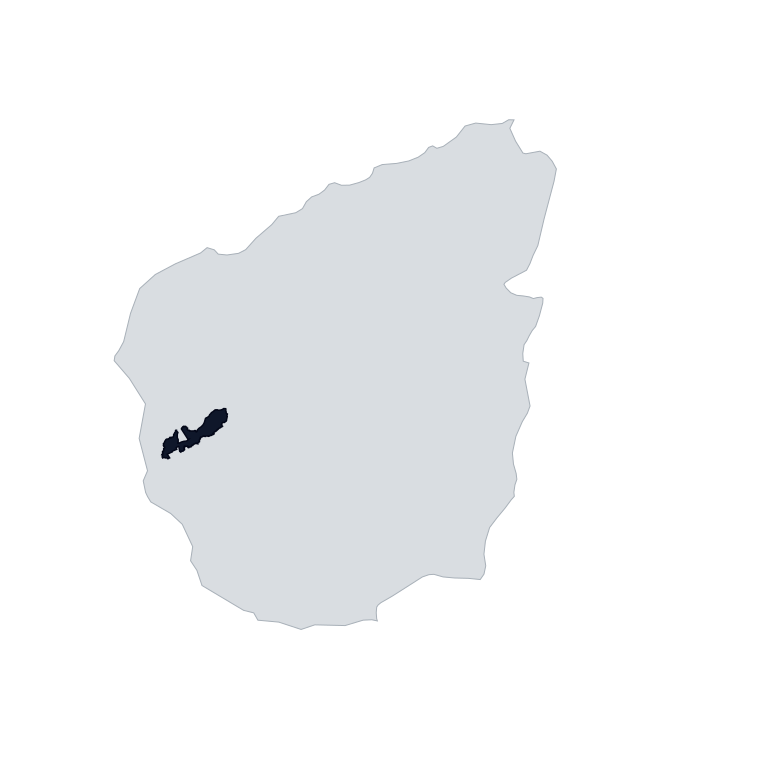 Rodríguez, San José, Uruguay (highlighted), rotated 57°
{"feature_id": "84410073B80691141354915", "entity_name": "Rodríguez", "entity_type": "district", "adm_level": 2, "iso_a3": "URY", "parent_name": "Uruguay", "parent_adm1": "San José", "projection": "equal_earth", "projection_center": [-56.456, -34.221], "detail": "fine", "context": "in_parent", "style": "filled", "palette": "ink", "viewbox_px": 768, "rotation_deg": 57, "n_neighbors": 0, "source": "geoboundaries", "source_scale": "gbopen_adm2", "svg_char_len": 7108}
<svg xmlns="http://www.w3.org/2000/svg" viewBox="0 0 768 768"><g transform="rotate(57 384 384)"><path d="M579.1,518.6L575.1,522.6L570.7,530.1L565.4,548.2L548.3,573.2L544.7,587.2L526.4,601.9L513.4,618.4L505.0,617.9L497.4,625.0L453.9,646.4L438.4,642.4L426.9,642.5L416.2,633.0L391.8,629.6L376.5,633.4L355.9,643.8L349.7,643.6L345.2,643.0L334.1,638.7L328.0,629.6L296.3,619.0L270.8,594.9L240.6,594.5L217.5,597.6L213.9,594.4L211.6,588.3L206.7,579.3L186.7,558.1L170.9,536.9L167.6,516.1L169.6,493.4L174.2,466.5L173.3,458.1L179.0,453.3L184.8,452.3L190.3,445.4L195.2,434.8L196.0,426.8L192.0,412.0L189.2,391.3L186.0,381.0L192.3,364.7L192.5,356.8L188.8,349.8L187.7,342.7L189.4,335.3L189.0,328.2L186.6,321.4L188.3,315.8L194.2,311.4L198.5,304.5L201.4,295.3L202.8,288.3L202.9,283.5L201.0,278.9L197.4,274.6L199.0,266.0L205.9,253.2L210.4,241.8L212.4,231.8L212.2,223.8L209.9,217.7L210.8,213.5L215.1,211.3L217.0,204.9L216.3,188.8L211.8,175.5L215.1,165.0L224.9,152.8L229.9,142.9L230.3,135.5L233.3,131.1L238.1,139.2L252.0,141.4L266.0,141.7L268.2,139.6L273.7,126.4L280.9,122.6L288.8,121.6L297.5,122.3L306.6,131.0L332.6,159.7L351.7,179.6L357.4,189.0L362.5,196.0L366.2,202.5L364.6,219.5L364.8,226.9L365.7,229.1L370.0,229.3L376.5,228.0L381.9,224.4L386.2,219.0L390.3,214.5L393.7,212.2L394.9,208.6L396.8,204.8L398.8,204.0L402.6,206.8L411.4,216.5L418.3,225.5L419.9,230.6L422.6,235.9L425.4,240.6L427.3,245.1L434.0,251.0L440.7,254.8L445.3,251.0L456.7,263.2L482.0,273.5L486.6,279.7L490.9,288.5L499.7,301.9L511.8,313.9L521.6,319.0L531.0,321.9L536.3,324.5L539.9,329.1L545.6,334.1L549.2,335.9L550.4,340.3L554.0,350.0L557.8,362.2L561.9,373.6L571.0,384.5L581.2,392.9L591.9,397.7L597.9,403.7L600.4,409.8L593.0,419.0L585.1,430.5L578.0,439.5L570.8,445.8L568.4,450.1L566.7,456.9L566.4,492.5L565.7,505.7L566.1,509.2L567.1,511.6L571.6,515.1L576.9,518.0L579.1,518.6Z" fill="#d9dde1" stroke="#a8b0b8" stroke-width="1"/><path d="M329.2,604.0L324.8,604.0L325.6,598.5L325.0,598.1L325.9,593.4L324.3,593.1L324.2,591.1L324.4,590.5L324.9,590.2L329.2,592.0L329.7,591.8L330.5,591.5L330.1,590.5L330.2,589.9L330.8,589.4L330.7,589.1L330.8,589.0L330.8,588.8L330.7,588.7L330.7,588.4L330.7,588.1L330.4,587.9L330.5,587.6L330.5,587.4L330.4,587.4L330.0,587.3L330.0,587.2L329.9,587.2L329.7,587.2L329.4,586.8L329.6,586.6L329.3,586.5L329.2,586.6L328.8,586.7L328.7,586.6L328.4,586.5L328.4,586.2L328.6,585.9L328.5,585.7L328.4,585.5L328.0,585.6L327.4,585.5L327.4,585.4L327.4,584.9L327.5,584.8L327.7,584.6L327.9,584.5L328.2,584.5L328.6,583.8L328.7,583.6L328.7,583.3L328.9,583.1L329.0,582.9L329.5,582.9L329.4,582.8L329.3,582.4L330.0,582.2L330.2,582.4L330.5,582.6L330.8,582.5L331.1,582.4L331.0,582.1L330.9,581.9L330.9,581.5L331.0,581.3L330.9,581.2L331.0,580.7L331.4,580.5L331.5,580.3L331.4,580.2L331.5,579.8L331.2,579.5L331.2,579.3L330.9,579.0L330.7,578.5L331.1,578.3L331.3,578.2L331.4,577.9L330.9,577.2L331.0,577.0L330.9,576.9L331.1,576.2L330.9,576.0L330.7,575.7L330.8,575.4L331.2,574.8L331.2,574.5L331.0,574.0L331.0,573.9L331.1,573.7L331.3,573.6L331.5,573.9L331.6,574.0L331.8,573.7L332.1,573.4L332.4,573.1L331.9,573.1L331.9,572.8L332.1,572.7L331.9,572.4L331.9,572.2L332.3,571.6L332.1,571.4L331.9,571.4L331.8,571.2L331.7,571.1L331.6,570.9L331.7,570.7L331.9,570.6L331.9,570.4L331.7,570.4L331.6,570.0L331.1,569.7L330.7,569.7L330.3,569.3L330.2,569.0L330.3,568.6L330.0,568.3L329.8,568.2L329.7,568.1L329.8,567.8L329.8,567.7L329.7,567.6L329.4,567.7L329.3,567.4L329.0,567.4L328.8,567.1L328.6,566.7L329.1,566.3L329.1,565.9L329.0,565.5L329.1,565.3L329.3,565.2L329.3,564.9L329.3,564.7L329.1,564.5L329.1,564.4L329.4,563.8L329.2,563.6L329.3,563.4L329.9,563.4L330.0,563.2L330.1,562.9L330.4,562.8L330.5,562.6L330.8,562.2L330.7,562.1L330.6,561.9L330.6,561.7L330.8,561.4L331.0,560.9L331.4,560.5L331.5,560.2L331.8,560.1L331.9,559.9L332.0,559.7L332.2,559.8L332.4,559.5L332.5,559.2L332.5,558.9L332.2,558.7L332.3,558.5L332.4,558.4L332.5,558.3L332.7,557.7L332.8,557.2L332.7,557.1L333.1,556.7L333.0,556.4L333.1,556.1L332.9,555.9L333.0,555.7L332.9,555.3L332.8,555.2L333.2,555.2L333.3,555.1L333.3,554.6L333.3,554.4L333.2,554.3L333.3,554.0L333.3,553.9L333.0,553.9L332.9,553.6L332.7,553.7L332.5,553.3L332.4,553.3L332.3,553.5L332.2,553.5L332.1,553.3L331.9,553.1L331.9,552.7L331.8,552.2L331.9,551.8L332.0,551.7L331.9,551.3L332.1,550.7L331.9,550.6L331.9,550.3L331.7,549.9L331.7,549.5L331.6,549.2L331.8,549.1L331.5,548.7L331.4,548.3L331.6,548.1L331.5,547.9L331.6,547.6L331.5,547.4L331.5,547.2L331.3,547.0L331.3,546.8L331.4,546.7L331.3,546.1L331.3,545.8L331.4,545.6L331.4,545.4L331.5,545.3L331.6,545.1L331.5,544.8L331.4,544.7L331.5,544.5L331.3,544.3L331.3,544.1L331.4,543.9L331.4,543.7L331.5,543.6L331.6,543.4L331.4,543.2L331.5,543.0L331.5,542.8L331.4,542.5L331.4,542.4L330.9,542.5L330.7,542.6L330.3,542.6L329.5,542.5L329.5,542.1L329.4,541.7L329.2,541.6L328.7,541.5L328.4,540.7L328.4,540.0L328.8,539.5L329.0,539.4L329.4,538.6L329.1,537.8L329.2,537.4L329.2,536.6L328.7,535.8L328.3,535.6L325.8,533.1L325.0,533.0L323.9,531.7L322.5,532.2L321.0,531.4L320.6,531.5L319.4,530.6L318.5,530.2L317.3,531.8L317.3,533.6L316.7,535.6L315.8,537.2L315.0,537.7L314.0,539.2L313.7,540.1L313.9,540.7L313.9,541.6L314.1,542.3L314.0,544.4L314.5,545.4L314.8,547.0L315.9,548.2L315.6,548.7L315.7,549.1L315.9,550.5L315.6,551.1L315.6,552.4L318.4,555.6L319.6,557.7L320.3,560.5L320.4,563.6L321.0,565.6L322.0,566.6L322.0,567.4L321.7,567.7L321.4,567.8L321.0,567.7L320.6,567.4L320.3,567.6L320.0,567.9L319.9,568.9L319.7,569.1L319.7,569.6L319.2,570.0L319.1,570.5L318.7,570.7L318.7,571.1L318.4,571.7L317.5,572.1L317.4,572.3L317.4,572.7L317.2,572.7L316.5,572.7L316.3,573.2L315.8,573.7L315.0,573.5L314.7,573.7L314.5,573.2L314.1,572.8L313.8,573.0L313.3,573.1L312.9,573.0L312.6,573.3L312.3,573.3L311.5,573.4L311.2,574.0L310.9,574.4L311.0,575.0L310.4,575.0L310.3,575.4L310.5,575.8L310.3,576.1L310.5,576.5L310.6,577.1L311.0,578.0L311.3,578.1L311.4,578.4L323.9,578.5L324.0,578.2L324.1,578.7L324.3,580.7L323.1,583.0L322.3,585.6L322.1,587.5L321.2,589.0L320.2,588.0L318.5,586.9L316.5,586.6L313.8,584.9L312.3,583.2L311.6,583.4L310.2,583.5L309.8,583.2L309.4,583.7L309.4,584.1L310.1,584.4L310.3,584.7L310.6,585.2L310.7,585.8L311.0,586.2L311.3,586.9L311.7,587.4L311.9,588.0L312.5,588.2L312.8,588.6L313.2,589.3L313.6,589.6L313.3,590.9L313.3,591.4L312.6,591.6L312.6,591.9L312.8,592.3L312.9,592.8L312.7,592.9L312.3,593.0L312.6,593.5L312.8,593.8L312.6,594.1L312.6,594.6L312.9,595.0L312.7,595.3L312.3,595.4L312.2,595.8L311.9,596.1L311.8,597.1L312.8,599.3L313.5,599.9L313.9,601.5L314.5,601.7L315.4,602.5L315.9,602.6L316.1,602.3L316.6,602.6L317.0,602.3L317.7,602.4L318.1,602.7L318.1,603.9L318.5,604.1L318.9,604.1L319.2,604.7L320.0,605.1L320.2,605.4L320.2,605.7L320.0,605.9L319.9,606.3L320.0,606.5L320.8,607.0L321.1,607.1L321.5,606.9L321.8,607.1L321.9,607.3L322.1,607.9L322.0,608.1L322.0,608.4L322.3,608.9L322.5,608.7L322.8,608.2L323.1,608.5L323.8,609.3L324.4,609.8L325.5,609.9L325.5,609.6L325.6,609.3L325.6,608.8L325.7,608.5L325.8,608.4L326.3,608.1L326.5,607.8L326.8,607.8L327.0,607.6L327.1,606.8L327.4,606.3L327.6,606.2L328.1,606.3L328.5,606.3L328.7,606.2L329.0,605.9L329.1,605.6L329.1,604.6L329.2,604.0Z" fill="#0f172a" stroke="#020617" stroke-width="1.5"/></g></svg>